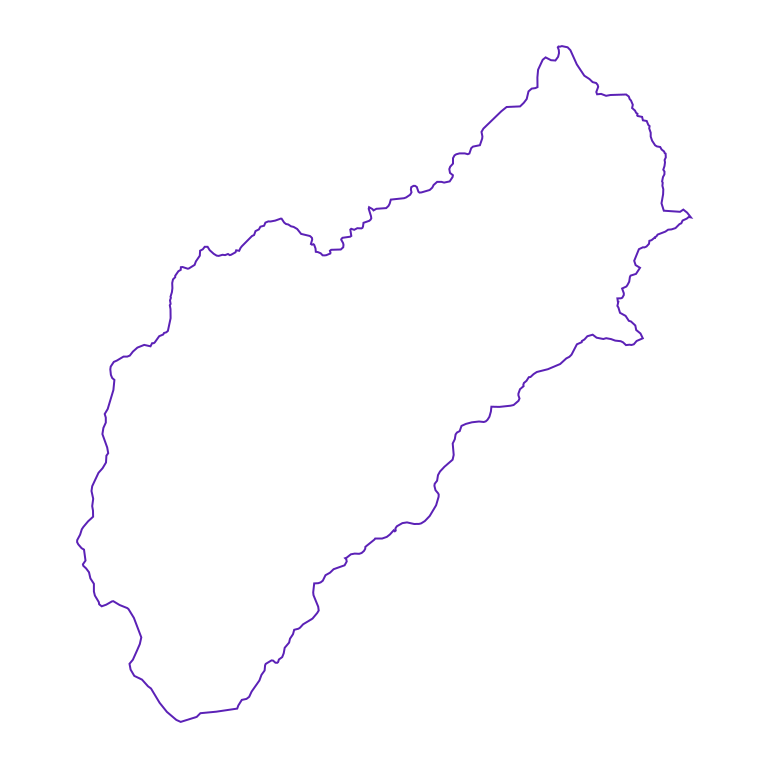 the district of Timaná, Huila, Colombia
{"feature_id": "7082276B8755035279913", "entity_name": "Timaná", "entity_type": "district", "adm_level": 2, "iso_a3": "COL", "parent_name": "Colombia", "parent_adm1": "Huila", "projection": "orthographic", "projection_center": [-75.889, 1.95], "detail": "fine", "context": "isolated", "style": "outline", "palette": "violet", "viewbox_px": 768, "rotation_deg": 0, "n_neighbors": 0, "source": "geoboundaries", "source_scale": "gbopen_adm2", "svg_char_len": 6065}
<svg xmlns="http://www.w3.org/2000/svg" viewBox="0 0 768 768"><path d="M237.2,708.6L238.3,705.5L241.8,699.9L246.5,698.9L249.2,696.8L251.6,691.6L259.4,680.5L261.5,674.8L264.6,670.5L265.1,665.3L265.7,663.9L271.5,660.4L273.1,660.6L275.4,662.7L277.2,662.8L278.1,662.1L278.9,659.5L282.2,657.1L283.7,653.3L284.7,647.8L289.1,642.6L290.0,638.7L293.0,634.2L294.2,629.8L298.5,628.7L300.0,627.7L303.1,624.3L312.5,618.6L317.2,613.0L318.7,610.5L318.2,606.7L313.5,595.2L313.2,592.4L314.2,583.4L318.2,583.2L320.6,582.4L322.8,580.7L325.5,575.2L330.0,572.7L333.6,569.2L344.6,565.3L346.7,561.5L346.3,559.3L345.2,558.2L346.6,557.7L350.9,554.3L354.7,553.6L359.2,553.8L361.6,553.0L364.0,550.9L365.2,548.8L365.4,546.8L374.4,539.6L375.2,538.5L382.2,538.5L386.8,536.9L389.9,534.5L393.7,530.3L394.8,531.3L395.7,530.6L395.4,528.5L396.8,526.3L402.4,523.1L407.0,522.4L414.2,524.0L419.1,523.9L421.1,523.4L424.8,521.1L429.7,516.0L436.1,505.3L438.6,496.8L438.7,494.5L438.1,493.3L435.5,490.2L434.4,485.8L434.7,483.8L437.1,480.7L438.0,475.1L440.0,471.5L444.5,466.7L452.6,459.7L453.7,454.9L452.7,443.5L454.8,439.2L455.6,434.4L457.0,432.5L459.7,431.1L461.5,425.9L465.9,423.9L471.9,422.3L479.0,421.5L483.8,422.0L485.7,421.4L487.4,419.9L489.4,416.8L490.9,411.5L491.4,406.7L499.4,406.9L510.6,405.7L513.6,405.0L518.5,400.8L519.5,398.5L518.4,395.3L518.4,393.7L520.0,389.2L523.6,386.1L523.3,384.9L523.9,383.0L526.5,380.8L528.8,377.2L530.5,377.0L533.6,374.1L536.8,372.0L547.9,369.2L560.2,364.0L566.3,358.4L569.4,356.8L571.5,354.7L576.9,344.3L581.7,342.2L581.9,341.0L584.4,339.5L587.4,336.2L592.7,334.7L596.6,337.7L603.3,339.0L606.2,338.2L611.1,339.1L615.2,340.6L620.7,341.2L623.0,342.3L626.0,345.1L629.5,344.7L631.4,345.0L633.8,344.3L636.6,341.0L642.8,338.3L640.5,333.5L636.2,330.0L635.3,325.5L631.0,321.5L628.8,320.8L625.6,315.9L620.0,312.8L618.4,307.5L617.4,305.9L618.3,301.9L617.9,301.9L617.4,298.4L621.0,298.3L622.3,297.7L623.8,295.0L623.8,293.2L622.1,288.5L626.4,286.5L627.5,284.9L629.2,281.7L629.9,277.0L630.6,275.6L636.0,273.9L640.0,267.8L635.6,265.1L634.2,260.8L638.9,249.2L642.9,247.3L644.5,247.4L646.5,246.5L649.0,243.8L649.4,240.8L651.5,240.2L654.2,238.0L654.9,238.0L654.9,237.2L656.4,236.4L657.6,234.6L665.4,231.6L668.1,229.7L671.5,229.4L675.5,228.1L679.5,224.1L681.3,223.3L682.6,220.5L686.8,218.6L688.7,217.0L690.9,217.4L687.1,212.6L683.3,209.6L680.1,211.8L663.8,210.7L661.5,203.3L663.1,194.3L663.3,189.2L662.4,185.8L662.7,182.7L662.1,181.4L663.0,177.0L664.4,174.4L664.5,171.6L663.3,169.7L664.5,166.0L665.0,162.3L664.6,160.0L665.8,157.4L665.6,153.6L664.7,153.1L664.1,151.5L661.6,149.5L660.2,147.0L656.9,146.4L655.1,145.3L652.1,140.7L650.7,136.6L650.7,132.7L649.2,128.4L649.6,126.1L648.3,124.9L646.7,121.0L642.9,120.3L642.1,116.9L637.7,116.0L637.2,115.5L637.5,113.8L636.1,112.8L635.0,110.6L632.1,108.0L632.8,104.8L631.0,100.5L629.7,99.1L628.8,96.5L626.1,94.5L610.5,95.0L606.1,95.8L601.1,93.9L597.1,94.3L596.3,92.0L598.2,86.8L597.6,84.8L596.1,83.0L592.6,82.1L589.4,79.0L584.3,75.7L576.8,64.4L570.4,50.2L567.6,47.3L561.9,46.1L559.9,46.7L558.5,46.5L557.8,47.3L558.8,50.0L559.0,53.1L558.1,56.8L555.4,60.5L551.0,60.2L545.6,57.4L542.7,59.8L538.1,69.7L537.4,77.4L537.5,87.1L535.4,88.1L531.7,88.6L528.5,91.4L526.7,99.0L523.8,102.8L520.1,106.4L506.6,107.0L501.4,111.2L483.4,128.6L481.5,131.9L482.4,136.4L482.2,138.5L479.9,145.2L473.0,146.6L471.2,148.2L469.4,153.5L467.8,154.2L464.8,153.4L459.5,153.4L456.2,154.3L454.5,155.4L453.0,158.2L453.0,163.6L450.2,166.7L449.3,169.1L450.0,172.9L452.9,175.2L452.6,177.0L449.7,181.4L444.1,182.6L441.6,181.9L437.1,181.9L433.6,185.0L432.3,187.6L429.7,190.0L421.5,192.4L419.5,192.6L418.4,191.7L416.8,187.0L415.1,185.9L413.4,185.9L411.2,187.2L410.9,189.7L411.5,192.3L410.2,194.7L406.2,197.4L404.1,198.2L390.8,199.6L389.7,203.6L388.5,205.9L386.2,208.1L376.4,208.8L373.5,210.4L372.5,209.1L369.1,207.2L368.7,208.8L371.0,216.2L371.3,218.3L370.6,219.6L369.3,220.8L363.5,222.8L363.0,226.5L362.4,227.9L361.4,228.4L357.3,228.2L354.2,229.8L351.2,228.8L350.3,229.6L351.3,235.9L350.2,236.7L342.5,237.8L341.4,239.0L341.2,239.7L343.1,243.1L343.5,244.9L343.2,247.3L340.8,249.5L331.2,249.8L329.9,250.8L330.5,252.7L330.3,253.5L326.2,255.2L324.4,255.4L322.6,255.3L320.7,253.3L317.9,252.1L315.8,251.8L315.5,248.5L314.2,244.9L313.5,244.2L312.0,244.7L310.9,244.0L312.2,239.6L312.0,238.0L311.1,237.0L309.9,236.0L301.1,233.9L297.2,229.0L293.6,226.9L291.0,226.3L288.3,224.5L286.0,224.0L284.2,222.6L281.6,218.7L280.8,218.6L275.2,220.6L270.5,221.5L268.3,221.4L265.4,222.6L264.1,225.7L260.4,226.7L258.9,229.4L255.5,231.1L254.1,235.0L251.9,236.1L241.8,246.3L240.5,248.0L239.2,250.8L236.2,250.3L235.5,252.3L231.0,254.8L229.7,255.1L228.0,254.0L225.1,255.1L222.5,254.8L218.7,255.9L216.6,255.6L213.7,253.8L209.7,250.2L207.6,246.8L204.7,246.8L202.8,249.3L200.1,250.7L199.8,255.7L195.9,261.4L194.6,264.9L188.8,268.5L187.7,268.7L182.5,267.0L180.9,267.2L180.7,269.9L178.4,271.2L175.2,275.8L175.2,277.2L173.0,279.4L172.2,283.0L172.4,288.2L171.9,292.2L170.5,296.8L170.9,297.8L170.0,300.3L170.6,303.9L169.8,305.2L170.5,309.1L170.6,318.2L167.9,330.9L166.3,332.3L164.0,333.0L163.2,334.5L159.2,336.2L154.7,342.5L153.7,343.2L152.1,343.2L150.5,346.3L144.2,344.9L137.4,347.6L132.9,351.6L129.8,355.6L127.2,356.6L123.5,356.6L116.8,360.6L113.8,361.9L110.7,366.6L110.3,369.3L110.9,374.9L112.2,378.0L114.4,379.9L113.4,390.0L107.7,409.0L104.7,414.0L105.8,417.6L105.8,422.6L103.4,427.9L102.4,434.1L107.2,447.5L108.2,453.2L106.4,455.7L106.0,462.5L102.6,468.2L98.5,472.8L92.2,486.2L91.5,491.0L93.2,498.8L92.2,506.1L93.0,510.7L93.1,516.7L88.1,521.3L83.4,526.9L81.8,529.3L80.1,534.7L77.2,540.1L77.1,542.1L78.3,544.4L81.6,548.2L84.0,549.6L85.5,560.6L82.9,564.3L83.3,565.8L86.1,568.4L89.0,572.3L90.4,578.4L93.9,583.8L93.9,591.5L94.9,595.6L98.8,602.1L99.2,604.3L101.7,606.3L106.2,604.7L112.0,601.4L113.3,601.2L119.6,605.0L127.3,608.1L128.5,609.1L133.9,617.9L141.3,637.4L139.8,644.1L137.2,650.1L132.9,659.7L129.5,663.8L130.6,669.6L134.3,675.9L142.0,679.6L148.0,686.3L151.0,688.5L159.6,702.8L166.9,711.9L176.3,719.9L180.7,721.9L196.7,716.9L200.4,713.2L216.2,711.7L237.2,708.6Z" fill="none" stroke="#5b21b6" stroke-width="2"/></svg>